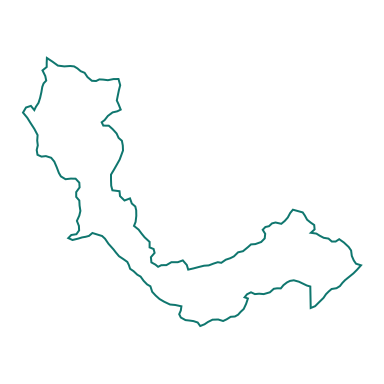 the district of Santo André, São Paulo, Brazil
{"feature_id": "56859067B67928479043835", "entity_name": "Santo André", "entity_type": "district", "adm_level": 2, "iso_a3": "BRA", "parent_name": "Brazil", "parent_adm1": "São Paulo", "projection": "orthographic", "projection_center": [-46.438, -23.712], "detail": "fine", "context": "isolated", "style": "outline", "palette": "teal", "viewbox_px": 384, "rotation_deg": 0, "n_neighbors": 0, "source": "geoboundaries", "source_scale": "gbopen_adm2", "svg_char_len": 3056}
<svg xmlns="http://www.w3.org/2000/svg" viewBox="0 0 384 384"><path d="M310.7,308.0L315.1,306.2L319.1,302.2L323.5,297.9L326.0,294.2L328.8,291.4L331.6,289.0L336.5,288.2L339.9,286.1L342.4,282.9L345.1,280.1L349.2,276.8L353.4,273.4L357.1,269.7L361.0,265.3L356.0,263.7L353.8,260.5L351.8,255.9L351.1,250.5L348.7,247.0L343.9,242.5L339.2,239.2L335.7,241.5L331.8,241.5L328.5,238.6L323.7,237.8L319.7,235.7L316.4,233.6L310.9,232.8L314.6,229.4L314.2,225.0L310.7,222.6L307.1,219.7L304.8,215.5L302.7,212.4L298.0,211.1L292.9,209.7L290.2,213.0L287.8,217.5L284.7,221.0L281.3,223.8L275.5,222.5L272.0,223.4L269.0,226.2L265.4,227.0L262.7,229.8L265.2,233.8L264.7,238.4L261.2,242.0L255.3,244.1L251.0,244.4L248.1,247.0L243.0,251.2L238.1,252.3L233.9,256.4L230.3,258.2L225.8,259.7L221.3,262.8L217.8,262.2L213.5,263.6L208.7,265.4L204.1,265.7L199.2,266.9L193.5,268.4L188.2,269.6L186.8,265.0L182.8,260.4L177.8,262.2L171.4,262.2L166.4,265.1L161.3,265.2L158.1,266.8L155.4,264.6L151.4,262.4L150.9,257.2L154.6,252.9L153.6,249.0L149.6,247.4L149.6,241.9L144.6,237.3L141.5,233.5L138.6,229.6L134.0,225.9L135.6,221.9L136.3,215.9L136.2,210.3L135.3,206.5L131.8,203.5L130.0,198.4L124.5,200.5L120.0,196.1L119.5,191.2L112.4,190.3L111.2,185.7L111.0,179.4L111.0,174.6L114.0,169.6L117.3,163.8L119.7,159.5L121.2,155.4L123.0,150.5L122.8,145.5L121.9,140.8L118.6,137.9L116.6,133.5L112.6,129.1L108.8,125.7L103.3,125.6L101.7,122.3L104.6,120.1L107.9,115.9L112.6,112.4L117.3,111.3L120.7,109.6L118.5,104.1L116.8,100.5L118.9,90.2L120.2,85.2L118.5,79.0L113.4,79.1L107.9,80.2L103.1,79.6L99.4,79.4L96.1,81.0L91.9,80.8L87.5,77.1L84.6,72.8L80.7,71.2L77.4,68.4L74.1,66.4L70.2,66.0L64.3,66.4L57.9,65.6L52.4,61.6L46.9,58.0L46.7,62.6L46.7,67.0L42.5,70.4L45.3,76.1L46.2,80.6L43.6,83.4L42.3,86.8L41.4,92.1L40.1,97.9L38.5,102.9L35.9,106.8L34.3,110.1L30.9,105.9L26.0,107.5L23.0,112.6L27.3,117.8L30.4,122.8L34.4,129.0L37.6,135.1L37.2,140.6L37.8,145.4L36.7,150.0L37.5,154.8L41.5,156.6L45.9,156.1L51.2,157.8L54.3,161.6L56.7,167.2L58.9,173.0L60.9,176.4L65.5,179.2L70.8,178.6L75.6,178.7L79.3,182.7L79.6,187.4L76.2,192.1L76.2,196.9L79.3,200.5L79.6,205.7L80.4,210.9L79.3,215.6L76.9,220.9L78.9,225.9L79.1,230.4L76.4,234.2L71.3,235.0L68.3,238.1L72.5,240.0L78.2,238.6L82.1,237.4L85.6,236.8L89.0,235.9L92.4,233.0L98.2,234.8L102.1,236.0L105.0,238.7L108.5,243.8L113.5,249.4L115.8,252.4L119.0,256.2L123.5,259.2L127.3,261.9L128.9,265.1L130.1,268.8L133.6,271.2L137.3,274.7L140.6,276.6L143.6,280.8L147.1,284.4L150.4,286.3L152.2,291.8L155.6,295.5L159.5,299.0L164.1,301.7L170.0,304.5L175.3,305.0L181.4,306.3L180.8,310.5L179.2,314.2L180.8,317.5L185.5,320.1L190.0,320.6L193.5,321.1L197.7,322.5L200.2,326.0L204.5,324.3L207.9,322.0L212.5,319.7L218.2,319.5L223.1,321.0L226.7,319.3L230.7,316.8L234.9,316.5L238.1,314.7L240.6,311.9L243.7,309.0L246.1,303.9L247.9,298.5L244.6,297.3L247.0,294.3L251.0,292.3L254.9,294.1L259.1,293.7L263.7,294.1L269.9,292.3L273.8,288.8L277.2,288.3L280.8,288.4L283.5,285.1L287.0,282.4L290.0,280.9L293.8,280.3L298.9,281.7L303.5,283.9L306.8,285.5L310.3,286.5L310.7,308.0Z" fill="none" stroke="#0f766e" stroke-width="2"/></svg>